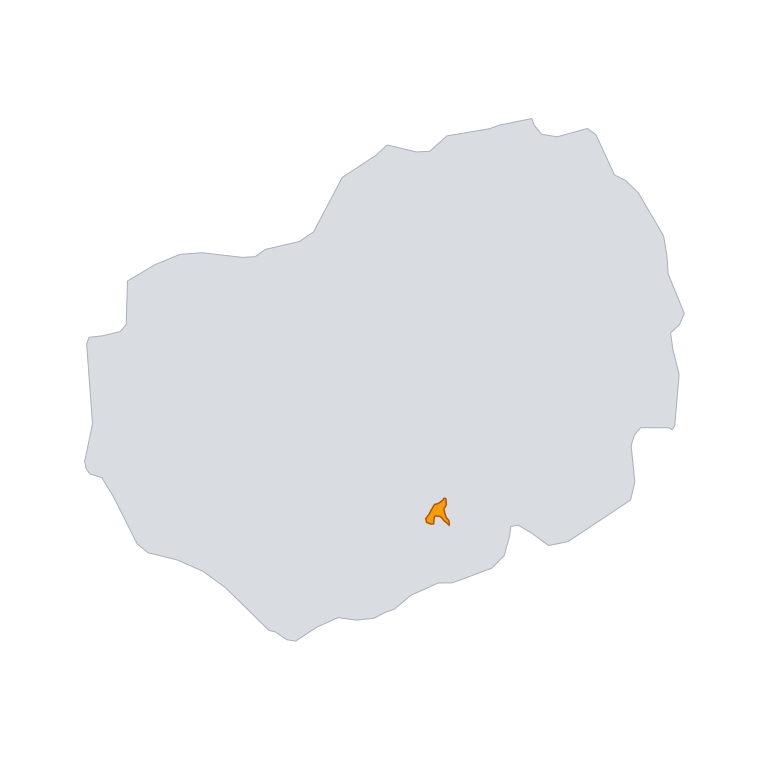 location of Aračinovo within North Macedonia, rotated 172°
{"feature_id": "MKD-2919", "entity_name": "Aračinovo", "entity_type": "Statistical Region", "adm_level": 1, "iso_a3": "MKD", "parent_name": "North Macedonia", "parent_adm1": "", "projection": "mercator", "projection_center": [21.571, 42.028], "detail": "fine", "context": "in_parent", "style": "filled", "palette": "amber", "viewbox_px": 768, "rotation_deg": 172, "n_neighbors": 0, "source": "natural_earth", "source_scale": "10m", "svg_char_len": 1689}
<svg xmlns="http://www.w3.org/2000/svg" viewBox="0 0 768 768"><g transform="rotate(172 384 384)"><path d="M344.4,177.6L357.8,179.4L386.9,171.0L405.0,159.6L414.2,157.8L426.5,153.4L444.2,154.0L462.1,159.1L484.8,152.4L507.2,141.7L516.1,144.4L525.8,153.5L532.2,156.0L569.3,204.3L589.6,223.9L613.5,238.7L640.8,249.5L650.6,259.9L668.0,311.0L676.4,330.4L687.9,336.1L690.7,341.7L691.2,349.1L678.2,384.9L672.9,464.9L669.6,471.3L656.0,470.9L637.9,472.6L631.0,478.8L623.7,521.7L594.6,533.9L568.1,540.8L545.9,539.3L506.7,529.1L493.9,528.0L482.9,533.8L448.0,536.9L432.6,544.4L396.6,594.4L360.1,611.6L347.6,620.3L319.7,609.3L306.4,608.1L287.1,620.9L244.7,622.1L233.3,624.3L200.7,626.3L199.3,619.5L193.3,609.4L178.1,604.7L147.0,608.7L139.4,601.4L126.7,559.0L116.7,552.1L105.5,537.9L86.5,491.6L86.0,471.3L87.3,453.6L76.8,412.0L83.3,401.5L93.1,394.8L93.1,378.0L90.4,352.5L101.9,302.2L105.1,298.6L108.0,301.0L136.0,305.0L143.2,298.6L147.8,288.7L149.3,251.9L156.0,234.8L223.7,202.3L243.5,201.1L258.8,216.1L270.9,225.6L278.2,225.3L280.8,215.7L289.0,197.2L302.9,186.6L344.0,177.6L344.4,177.6Z" fill="#d9dde1" stroke="#a8b0b8" stroke-width="1"/><path d="M339.0,261.9L338.7,261.6L338.8,259.1L339.0,256.0L340.1,254.1L341.8,252.6L342.0,251.1L341.8,247.7L341.3,245.2L341.1,243.4L340.3,242.1L338.9,240.1L338.7,238.7L338.7,236.3L339.3,235.1L340.5,236.9L342.1,238.7L343.7,240.3L345.6,243.8L347.4,245.2L351.3,246.2L352.6,245.6L354.1,239.6L354.3,238.6L356.4,238.6L359.3,239.9L361.2,241.2L361.3,244.3L361.5,244.8L360.1,246.1L357.0,249.4L355.0,252.4L352.1,256.0L350.6,257.7L348.4,257.9L346.0,258.5L343.4,260.0L341.9,260.8L340.8,262.3L339.6,262.4L339.0,261.9Z" fill="#f59e0b" stroke="#b45309" stroke-width="1.5"/></g></svg>